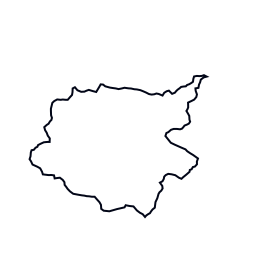 Monte Alto, São Paulo, Brazil (Equal Earth projection), rotated 121°
{"feature_id": "56859067B42660114948434", "entity_name": "Monte Alto", "entity_type": "district", "adm_level": 2, "iso_a3": "BRA", "parent_name": "Brazil", "parent_adm1": "São Paulo", "projection": "equal_earth", "projection_center": [-48.551, -21.258], "detail": "fine", "context": "isolated", "style": "outline", "palette": "ink", "viewbox_px": 256, "rotation_deg": 121, "n_neighbors": 0, "source": "geoboundaries", "source_scale": "gbopen_adm2", "svg_char_len": 2515}
<svg xmlns="http://www.w3.org/2000/svg" viewBox="0 0 256 256"><g transform="rotate(121 128 128)"><path d="M49.8,97.9L52.2,97.3L54.9,96.1L56.8,96.9L59.0,98.1L60.7,99.5L62.5,99.9L63.8,101.7L65.4,103.6L67.3,104.2L69.6,105.2L71.5,105.7L73.6,106.0L76.0,107.8L74.9,112.2L76.6,113.8L79.2,115.1L82.4,115.1L83.0,119.2L83.8,121.4L85.6,122.9L87.2,125.0L88.1,127.5L88.3,130.7L88.7,133.8L89.2,136.9L90.4,140.3L91.5,142.5L92.6,145.8L93.7,147.9L95.3,151.7L97.3,153.7L99.5,156.1L100.4,158.9L101.6,161.7L102.7,164.4L104.0,169.0L103.6,171.7L104.7,173.9L106.9,173.8L109.8,173.8L113.5,173.8L114.5,177.2L115.5,181.2L117.4,182.8L119.3,184.1L121.1,186.8L121.7,190.8L120.4,194.5L122.6,195.8L125.9,194.0L128.5,193.0L131.5,193.6L134.9,194.2L136.1,196.3L137.2,198.6L138.5,200.2L140.0,203.4L142.9,205.1L145.4,205.8L151.2,204.0L153.0,202.9L156.7,200.5L158.5,198.4L160.6,197.8L162.5,198.3L165.3,198.3L167.1,199.2L170.4,200.2L172.6,197.9L173.9,195.3L175.9,192.8L177.2,189.7L180.3,188.0L181.6,190.1L183.6,192.8L186.7,194.9L189.0,196.3L190.8,196.0L192.5,197.1L195.2,197.5L196.7,199.2L199.0,198.7L202.4,197.0L205.4,196.3L206.5,194.0L208.5,191.0L208.2,188.4L207.9,185.7L207.8,182.5L209.8,179.1L211.6,177.1L209.3,171.9L207.7,169.4L206.7,167.0L209.0,164.9L207.1,162.6L205.7,160.8L206.1,157.2L207.2,154.6L209.4,153.0L210.3,150.6L211.3,148.4L212.2,145.1L212.6,141.1L210.9,136.5L209.5,132.9L208.5,130.7L207.7,128.3L206.5,126.0L205.5,123.5L204.1,121.2L205.3,117.5L206.3,114.2L207.8,111.6L209.5,110.4L211.1,109.3L211.4,106.2L210.1,103.5L209.0,101.1L203.1,95.6L200.9,93.3L197.8,90.1L195.4,90.2L194.1,86.6L192.4,82.9L194.1,77.9L194.5,74.1L194.3,71.0L195.5,67.6L193.6,67.3L191.4,66.3L189.7,65.3L187.7,65.3L185.2,65.0L182.5,64.0L179.1,65.5L177.3,66.3L173.1,66.7L168.7,67.9L166.8,67.9L164.6,67.2L162.0,67.2L160.0,68.8L158.4,72.5L155.9,71.0L153.3,71.1L151.0,71.9L148.9,71.4L146.6,69.9L145.2,66.7L144.1,63.1L144.4,58.7L144.0,56.0L141.8,55.4L138.2,54.1L133.9,52.7L132.1,53.4L130.6,52.2L128.1,52.3L126.6,50.8L123.6,50.2L121.2,51.7L118.1,52.3L117.6,58.2L117.6,61.7L117.4,65.3L116.7,67.7L117.3,72.0L118.2,79.2L118.6,83.7L115.6,91.8L112.5,92.5L110.8,91.3L107.4,90.2L105.3,88.4L103.7,85.8L102.3,82.7L100.8,81.4L98.8,81.0L96.8,80.8L94.7,79.2L92.9,78.1L90.6,78.0L89.2,79.6L86.1,81.7L84.9,83.7L83.3,86.7L81.4,86.7L79.4,87.0L77.3,88.3L75.3,89.6L72.3,87.6L69.6,85.9L66.3,85.4L63.7,86.2L61.3,89.1L59.3,90.6L57.3,88.3L54.2,89.5L51.8,89.7L49.0,90.5L45.7,89.2L43.4,87.0L43.6,90.1L45.4,91.6L46.8,93.6L47.9,95.8L49.8,97.9Z" fill="none" stroke="#020617" stroke-width="2"/></g></svg>